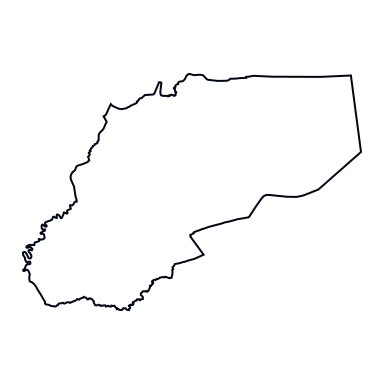 outline of Bang Kaeo, Phatthalung, Thailand
{"feature_id": "78962969B48542053253102", "entity_name": "Bang Kaeo", "entity_type": "district", "adm_level": 2, "iso_a3": "THA", "parent_name": "Thailand", "parent_adm1": "Phatthalung", "projection": "orthographic", "projection_center": [100.142, 7.416], "detail": "fine", "context": "isolated", "style": "outline", "palette": "ink", "viewbox_px": 384, "rotation_deg": 0, "n_neighbors": 0, "source": "geoboundaries", "source_scale": "gbopen_adm2", "svg_char_len": 5788}
<svg xmlns="http://www.w3.org/2000/svg" viewBox="0 0 384 384"><path d="M350.9,75.5L320.0,76.9L272.4,76.7L253.3,75.8L248.9,76.7L246.1,76.8L245.9,77.0L246.1,77.9L239.9,78.1L236.1,78.6L230.0,78.8L229.2,79.8L228.1,80.4L226.6,80.7L222.3,80.9L217.6,80.9L208.1,79.8L206.9,79.3L206.3,78.7L203.3,75.5L202.5,75.1L199.9,74.7L194.2,75.2L190.0,74.1L188.9,73.9L188.2,74.3L186.5,75.8L184.9,79.1L183.5,80.6L182.5,81.2L179.8,81.6L178.6,82.2L178.1,82.8L178.2,84.1L176.8,84.4L175.6,85.4L175.2,86.2L175.4,86.8L175.3,87.4L175.2,87.6L174.3,87.6L174.0,87.7L173.9,88.6L174.8,89.2L174.8,89.8L175.3,91.0L175.2,91.7L176.0,91.9L176.3,92.4L175.6,93.6L175.6,95.0L174.5,95.9L174.3,95.9L174.0,95.3L173.2,95.5L172.7,95.1L172.1,95.1L171.9,94.7L171.6,94.6L170.0,95.1L170.0,95.6L169.5,96.0L169.3,96.0L169.0,95.4L168.7,95.4L167.9,96.3L167.4,95.9L162.9,95.8L161.5,95.5L161.0,95.2L160.7,94.8L160.3,91.8L160.9,87.0L160.8,86.1L161.4,83.6L161.3,83.1L160.9,82.4L159.1,82.2L154.5,93.2L154.0,94.0L153.2,94.5L144.6,95.1L143.8,96.2L143.1,96.6L141.8,98.0L139.7,98.5L138.8,99.5L138.1,100.9L136.9,101.5L137.0,102.5L135.7,103.5L130.7,105.7L129.2,106.8L128.0,107.2L126.3,108.3L121.1,109.2L118.2,108.5L112.7,106.0L111.5,104.9L111.2,104.4L110.8,104.1L106.0,114.5L105.3,115.3L103.6,116.3L106.7,121.9L105.4,124.3L103.8,128.2L102.7,129.8L100.1,132.4L98.9,134.2L98.7,135.6L98.7,138.4L98.5,140.6L98.0,140.9L97.9,141.5L97.4,141.9L97.3,143.1L96.0,143.8L95.0,144.0L94.9,144.6L93.9,145.6L92.9,145.9L92.3,147.5L91.3,148.1L90.4,149.8L89.9,150.3L90.6,150.9L90.6,151.2L89.8,151.4L89.7,152.3L88.8,152.9L88.8,153.3L89.5,153.9L89.7,154.7L89.0,155.9L88.1,156.6L89.2,160.3L88.9,160.5L88.8,160.9L88.3,161.1L87.8,161.9L87.2,162.2L83.3,163.9L77.5,165.7L76.8,166.3L76.1,167.0L75.3,169.6L74.5,170.6L72.2,172.6L70.9,175.1L70.6,176.6L70.6,177.9L71.0,179.8L74.0,186.4L75.6,196.9L76.6,199.9L76.7,201.6L75.6,201.5L74.3,202.5L74.0,202.9L73.6,204.1L72.5,205.3L71.9,205.4L70.4,205.1L70.0,205.3L69.9,205.8L70.7,208.1L70.7,208.9L67.5,210.2L67.0,211.2L67.5,212.7L67.4,213.2L67.2,213.5L66.7,213.6L64.6,212.5L63.9,212.5L63.3,214.8L61.7,218.0L61.1,218.1L60.7,218.0L59.4,215.7L58.5,214.9L57.9,214.6L56.9,214.6L56.7,215.1L56.8,217.6L56.7,218.0L56.2,218.0L54.1,216.8L53.1,216.8L52.6,218.3L51.6,220.0L46.1,222.0L45.3,222.5L45.0,223.1L45.0,223.6L45.4,224.3L46.7,225.9L46.7,226.3L46.4,226.6L45.8,226.6L44.7,226.3L42.9,224.7L42.5,224.6L42.1,224.8L41.7,225.5L41.6,226.7L41.7,227.9L42.1,229.0L43.0,229.6L44.8,229.3L45.1,229.6L45.1,230.1L44.9,230.7L42.7,231.6L41.0,232.6L40.6,232.9L40.6,233.4L40.9,233.8L43.1,234.0L44.0,234.4L44.5,236.9L44.5,238.2L43.3,239.1L42.0,239.6L41.1,239.6L39.0,239.0L38.8,239.5L39.3,240.7L39.2,241.0L38.0,241.6L34.7,242.5L34.6,244.4L34.2,245.2L32.6,244.8L31.4,245.2L30.0,244.7L27.2,245.9L26.5,246.6L26.4,247.3L27.0,247.8L27.7,247.8L29.2,246.9L29.6,246.8L30.6,247.3L32.3,248.7L32.4,249.1L31.8,250.4L29.6,249.7L28.9,250.1L28.5,250.7L28.7,251.8L29.9,253.0L31.1,254.9L31.4,255.9L31.4,256.9L30.5,258.4L29.2,258.4L28.4,257.7L26.7,254.0L25.4,252.3L24.8,252.1L24.0,252.0L23.0,252.7L23.2,255.2L24.9,257.6L25.2,259.9L26.5,262.2L27.1,262.3L28.9,261.7L29.7,261.7L30.2,262.0L30.4,263.0L30.3,263.5L29.9,264.1L27.5,264.2L26.1,265.3L25.8,265.8L24.9,268.2L24.1,269.2L23.1,270.0L23.2,270.7L23.5,271.0L24.1,271.1L26.3,269.8L26.8,269.7L27.5,270.0L28.4,270.9L29.2,272.6L29.8,274.3L29.2,277.3L29.6,280.9L30.2,281.7L31.8,282.1L34.1,284.1L35.8,286.3L38.0,290.3L40.2,293.6L44.3,300.7L44.9,301.5L45.0,303.5L45.7,304.3L49.2,304.9L50.8,305.9L55.4,306.5L56.1,306.2L57.1,305.2L58.0,305.2L58.5,303.8L60.2,303.3L61.2,303.3L63.1,302.8L63.9,303.5L64.4,303.6L65.0,303.4L66.5,302.5L68.7,302.2L69.2,302.3L70.0,302.9L70.4,302.5L71.7,302.2L72.6,301.6L73.7,301.4L74.3,300.9L75.6,300.6L76.1,300.2L77.1,299.1L77.6,299.1L78.3,299.5L79.2,299.6L80.1,298.7L83.2,297.6L83.6,296.9L84.7,297.4L86.2,297.7L86.7,298.7L87.4,299.3L88.6,299.2L88.6,298.8L89.6,298.2L92.3,299.3L92.8,300.5L93.8,301.1L93.7,302.0L94.1,303.3L95.2,305.2L97.0,305.4L98.6,304.7L100.0,305.2L100.6,306.0L101.8,305.5L103.1,305.7L104.0,305.3L104.6,305.3L105.3,305.4L105.5,305.6L105.8,306.5L106.1,306.6L108.1,305.7L109.4,306.4L110.5,306.6L111.2,306.4L111.4,305.6L112.7,306.0L114.1,305.7L114.6,305.9L115.6,307.5L116.3,307.7L116.3,308.3L117.0,309.2L117.7,308.7L118.2,309.2L118.7,309.3L119.1,309.8L122.0,310.0L123.3,308.3L123.8,308.1L124.4,308.3L125.1,308.2L125.6,308.4L126.5,309.5L127.0,309.8L128.9,310.1L129.0,309.0L130.0,308.4L130.2,307.7L130.1,307.2L129.0,306.1L128.9,305.7L130.2,304.8L130.7,304.8L131.8,305.2L133.1,304.7L133.4,304.2L133.5,303.5L132.6,303.0L133.0,302.1L134.1,301.7L135.5,300.6L136.5,300.6L137.0,299.4L138.7,299.2L139.8,300.3L140.2,300.1L140.6,299.4L142.8,299.1L142.9,297.2L142.5,296.5L140.9,295.1L140.7,293.8L140.8,293.3L142.0,292.5L142.7,291.3L145.1,291.3L145.9,291.0L146.1,291.4L146.5,291.7L146.8,291.6L147.1,291.2L147.3,291.2L147.4,291.5L147.9,291.4L148.9,289.8L149.8,287.6L150.1,286.6L150.0,285.7L150.4,285.6L151.1,285.8L151.3,285.1L151.8,284.9L152.2,284.2L152.7,284.0L153.3,282.8L153.1,282.3L152.1,282.2L152.0,281.5L152.3,281.0L153.7,280.0L154.9,279.7L155.5,280.0L156.7,279.0L157.5,279.2L159.7,277.9L160.1,277.5L162.2,277.3L163.1,276.9L164.5,277.4L165.4,276.7L168.5,277.9L169.6,278.1L170.2,277.8L171.5,277.8L172.3,274.7L172.5,272.0L172.3,269.9L173.2,269.2L172.5,267.4L173.7,266.3L173.9,265.7L174.4,265.2L174.8,264.1L180.3,263.0L182.4,262.2L185.5,261.6L187.0,260.9L194.6,258.8L203.6,254.7L190.4,236.6L190.7,236.1L190.2,235.1L193.7,233.3L193.8,233.2L193.6,232.5L194.2,232.1L197.5,230.8L199.4,230.3L201.6,229.3L204.1,228.6L208.7,226.9L221.8,223.5L224.9,222.4L228.5,221.7L234.2,220.2L236.8,219.4L244.8,218.0L248.4,217.3L249.1,216.9L255.6,206.9L261.6,198.4L263.5,196.3L265.6,195.2L266.7,195.0L269.6,195.0L287.5,196.8L296.8,196.9L303.2,195.5L318.4,189.5L361.0,152.0L350.9,75.5Z" fill="none" stroke="#020617" stroke-width="2"/></svg>